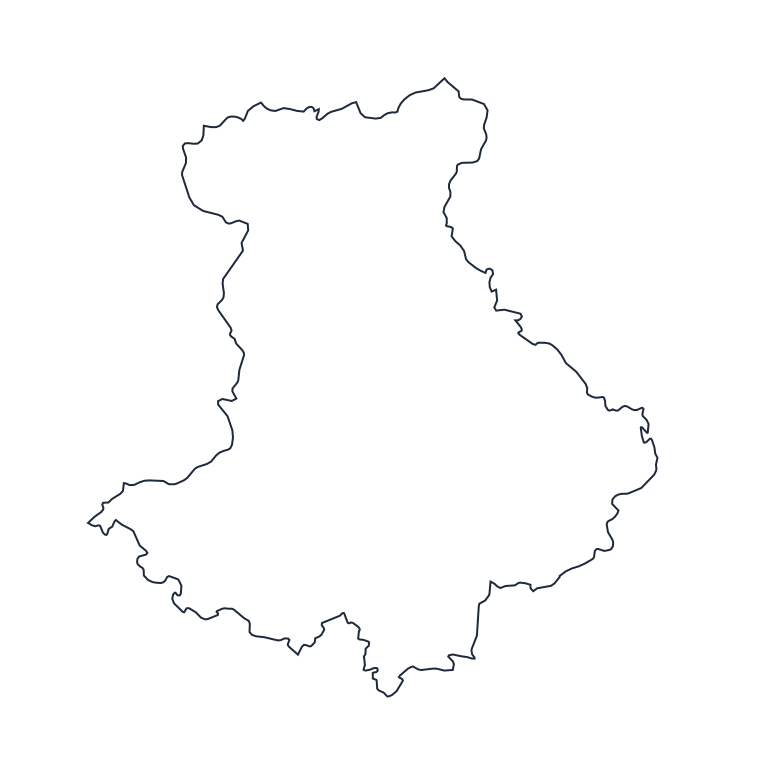 outline of Bryansk, rotated 96°
{"feature_id": "RUS-2342", "entity_name": "Bryansk", "entity_type": "Region", "adm_level": 1, "iso_a3": "RUS", "parent_name": "Russia", "parent_adm1": "", "projection": "orthographic", "projection_center": [33.801, 52.93], "detail": "fine", "context": "isolated", "style": "outline", "palette": "slate", "viewbox_px": 768, "rotation_deg": 96, "n_neighbors": 0, "source": "natural_earth", "source_scale": "10m", "svg_char_len": 6152}
<svg xmlns="http://www.w3.org/2000/svg" viewBox="0 0 768 768"><g transform="rotate(96 384 384)"><path d="M296.3,282.3L299.3,280.1L297.5,272.1L299.8,255.7L302.6,253.9L305.0,255.1L306.6,257.1L307.0,260.0L312.9,254.1L314.8,252.9L316.2,252.6L317.0,253.0L318.1,255.0L319.3,255.8L320.9,254.2L328.7,240.2L329.2,237.4L327.1,235.5L326.7,233.8L326.2,228.2L326.4,224.2L327.6,221.1L331.4,215.5L336.3,210.7L344.2,205.3L351.7,194.1L362.8,183.5L366.7,181.5L371.5,181.2L373.1,180.1L374.8,176.0L375.5,172.8L375.4,170.9L374.1,165.3L374.4,164.0L377.6,162.4L382.5,161.6L386.1,158.9L386.9,157.5L386.1,154.7L385.3,154.0L386.2,150.6L386.0,148.6L381.8,144.5L380.7,142.3L380.8,140.2L383.2,134.8L383.8,132.4L383.4,129.7L380.7,125.1L381.0,123.9L381.7,123.3L386.9,123.9L388.7,123.4L392.4,119.0L396.1,116.7L404.8,116.6L405.1,117.1L404.7,117.8L400.1,122.9L400.0,123.7L400.6,124.1L409.1,122.0L414.9,119.5L415.2,118.9L414.4,117.1L410.6,113.8L410.5,112.6L412.0,111.5L418.9,108.4L424.8,107.0L428.9,104.3L435.7,105.1L440.0,104.2L442.0,104.4L445.9,105.8L460.5,117.2L467.0,129.0L467.7,130.8L468.4,136.3L469.5,139.5L471.5,142.4L474.5,144.4L475.7,144.8L479.5,144.5L485.3,137.6L488.5,138.4L492.0,140.5L494.6,142.9L496.8,146.4L498.1,147.5L500.7,147.8L508.0,145.7L514.9,140.6L517.3,139.6L521.0,139.3L524.3,140.7L525.4,142.3L526.8,146.7L526.9,148.1L525.7,153.5L526.0,155.4L528.1,156.9L534.1,157.0L535.8,157.8L537.0,159.2L542.0,166.1L545.1,171.5L547.7,177.7L551.3,183.6L556.6,189.3L557.7,189.2L564.5,193.6L567.2,196.7L571.2,210.4L574.5,213.9L571.8,216.9L568.4,217.4L567.4,222.4L567.3,227.7L567.8,229.4L570.6,232.9L572.2,242.0L574.7,246.9L573.5,250.2L571.0,253.4L569.4,257.4L581.8,257.2L583.4,257.6L588.8,260.8L592.5,266.2L595.6,266.5L624.6,265.3L638.4,269.1L640.3,269.1L643.6,268.1L646.6,265.3L647.7,265.3L647.8,268.1L646.9,272.7L646.7,278.8L645.8,287.3L647.1,291.1L648.3,291.6L652.7,286.5L655.3,285.2L661.2,285.7L662.7,294.2L661.6,301.6L661.9,305.4L664.6,317.2L664.2,320.3L661.9,325.7L662.8,327.7L664.6,330.4L672.5,337.9L674.1,338.5L675.7,334.9L677.1,334.2L688.2,339.4L692.6,343.7L694.1,346.5L694.4,348.1L691.0,352.0L689.4,357.0L687.8,358.9L679.8,360.3L679.0,360.8L678.1,364.3L672.6,365.0L672.1,364.4L671.4,361.8L670.4,360.6L668.7,360.4L667.3,361.3L667.5,364.2L669.6,368.1L670.9,372.2L670.7,373.9L670.1,374.5L665.4,373.6L657.0,375.5L654.8,374.2L649.1,374.6L645.9,371.8L642.4,371.8L641.9,372.5L640.6,377.7L640.6,381.6L639.8,383.1L632.7,383.1L631.0,382.4L629.8,382.8L628.3,384.1L624.8,390.0L624.6,392.0L625.7,393.7L625.2,395.2L616.1,399.7L616.1,401.2L619.1,403.7L628.2,420.7L630.4,420.7L633.1,418.3L634.7,417.8L639.7,419.9L641.7,421.7L644.1,425.8L648.2,425.9L652.1,428.9L652.7,429.8L652.6,431.2L651.8,434.5L651.8,436.4L653.9,438.2L662.2,441.3L655.3,450.9L654.0,452.1L652.8,452.5L648.5,451.3L647.2,452.6L647.4,456.3L649.6,460.1L650.1,462.8L648.3,476.7L648.3,484.6L647.3,489.1L644.7,491.8L636.5,492.4L633.8,493.6L631.6,498.5L624.2,509.5L623.4,511.4L623.8,516.4L623.6,518.5L624.4,521.4L627.4,526.5L628.0,526.7L629.6,525.1L631.1,525.1L636.1,534.5L636.8,537.2L635.5,541.5L630.6,547.5L627.5,554.2L627.4,556.0L627.9,557.0L631.9,558.9L631.7,560.3L624.2,569.8L619.8,572.1L615.8,571.8L613.5,570.4L613.4,569.5L615.5,567.5L615.8,566.5L615.4,564.9L614.0,564.2L605.8,564.4L600.2,567.9L599.7,568.7L597.5,577.6L598.6,579.5L602.3,581.0L604.2,582.6L605.3,585.3L605.4,590.1L605.2,593.4L603.5,598.3L599.6,602.8L593.9,603.6L592.1,605.0L591.0,607.5L588.9,610.2L586.6,611.0L583.4,610.9L581.1,609.4L578.5,602.8L576.7,601.7L574.8,603.2L570.3,610.0L556.6,617.9L554.9,620.8L551.2,630.2L547.3,636.5L548.5,637.5L554.3,639.4L556.8,642.6L561.9,643.5L563.2,644.5L562.8,646.0L561.2,648.0L554.7,651.5L554.4,653.2L555.7,656.4L555.0,659.7L553.1,663.8L546.2,657.9L541.0,652.0L538.2,650.1L536.3,650.2L533.4,651.6L531.5,650.9L530.6,645.6L526.6,642.3L520.8,634.8L517.6,632.4L509.8,632.4L509.9,630.2L511.1,626.4L510.5,622.0L507.3,616.7L505.3,612.3L504.4,607.4L503.5,593.3L506.1,587.6L505.7,582.3L504.8,579.9L500.6,572.8L498.0,569.9L488.0,563.2L485.9,560.4L482.0,551.7L479.1,547.7L472.6,543.5L469.5,540.5L467.1,536.1L465.8,532.6L464.1,530.2L460.2,528.8L453.2,528.6L446.1,529.9L432.4,536.2L421.8,546.8L418.4,547.2L415.8,543.2L416.8,533.6L413.9,529.3L407.2,534.0L404.4,534.2L397.7,529.9L395.1,529.3L385.0,529.3L369.9,526.2L367.8,526.6L365.2,528.4L359.2,535.3L354.7,537.3L352.8,540.8L351.6,542.1L350.2,542.4L346.8,541.2L343.9,542.5L327.7,556.7L324.9,558.2L322.1,557.8L317.5,554.0L314.9,552.7L310.4,552.7L301.1,555.0L296.4,555.0L266.1,538.2L258.6,540.4L245.3,535.1L239.0,536.3L236.6,545.0L237.4,547.7L240.2,553.1L240.7,555.3L239.8,558.1L234.5,562.3L233.0,566.7L230.8,582.0L226.1,591.7L219.0,597.0L197.3,606.7L194.4,606.9L185.1,604.1L179.4,604.5L171.0,608.5L168.3,609.0L165.5,607.1L164.9,603.2L165.0,598.5L164.3,594.3L160.7,590.8L155.6,589.6L146.0,590.2L146.6,582.7L146.1,577.7L144.1,574.1L136.4,568.4L135.0,566.8L134.0,564.1L133.7,560.6L134.2,556.9L135.3,553.7L137.0,551.6L134.6,550.1L126.6,547.9L121.4,542.8L117.0,535.8L121.0,531.5L122.7,528.5L123.7,525.1L123.8,520.5L120.1,512.7L120.4,506.2L121.5,498.7L121.5,492.4L118.1,489.8L116.3,487.3L116.0,484.8L117.2,482.8L120.0,481.7L117.5,477.6L119.9,477.5L125.4,479.0L127.5,478.5L128.3,476.0L126.3,473.3L120.9,468.2L118.9,465.1L114.7,454.7L108.1,445.2L106.6,441.2L117.1,435.6L120.7,430.8L120.9,420.1L119.7,415.1L116.4,411.7L114.3,408.6L113.0,404.4L112.8,401.1L111.7,399.1L107.9,398.5L103.4,396.7L98.5,393.2L94.1,388.6L90.9,383.3L87.2,370.6L84.8,365.6L73.6,355.8L77.1,352.3L85.2,340.4L90.6,339.2L92.1,337.5L92.7,335.0L91.9,326.1L95.1,313.9L101.0,309.6L108.3,309.8L115.5,311.5L119.2,311.5L125.0,308.5L128.1,307.7L131.1,308.0L140.3,312.0L149.9,313.0L152.6,314.6L154.5,319.0L155.9,329.6L158.2,333.6L159.7,334.2L165.2,333.8L167.2,334.4L174.9,339.2L178.5,340.2L182.1,339.9L186.1,338.0L190.6,337.6L201.6,342.4L206.9,342.8L212.3,339.0L217.8,338.4L219.7,338.9L220.5,338.2L220.7,335.1L221.3,332.8L222.1,331.8L230.1,332.2L234.3,328.2L238.2,322.7L243.3,318.3L251.4,315.4L254.2,312.5L259.2,304.4L261.3,299.6L262.9,294.7L259.4,293.9L258.2,291.1L259.4,288.2L263.3,287.0L267.1,289.1L271.9,289.8L276.7,288.9L280.8,286.6L278.5,282.4L289.1,280.2L296.3,282.3Z" fill="none" stroke="#1e293b" stroke-width="2"/></g></svg>